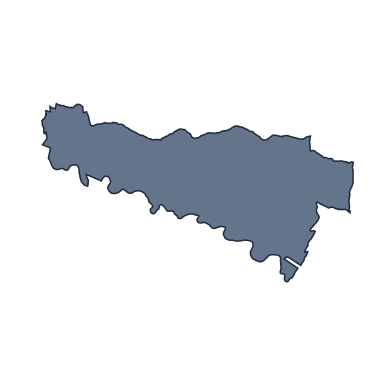 Fartatesti, Vâlcea, Romania (Equal Earth projection), rotated 99°
{"feature_id": "2599482B62213084984165", "entity_name": "Fartatesti", "entity_type": "district", "adm_level": 2, "iso_a3": "ROU", "parent_name": "Romania", "parent_adm1": "Vâlcea", "projection": "equal_earth", "projection_center": [23.968, 44.774], "detail": "fine", "context": "isolated", "style": "filled", "palette": "slate", "viewbox_px": 384, "rotation_deg": 99, "n_neighbors": 0, "source": "geoboundaries", "source_scale": "gbopen_adm2", "svg_char_len": 6023}
<svg xmlns="http://www.w3.org/2000/svg" viewBox="0 0 384 384"><g transform="rotate(99 192 192)"><path d="M145.1,351.4L150.1,349.9L151.8,348.4L155.4,347.9L157.4,347.2L157.4,346.7L156.8,346.6L157.2,346.3L157.0,345.5L156.2,345.2L162.2,343.6L168.8,347.1L170.7,338.7L181.3,339.1L183.1,337.2L187.1,335.1L189.6,333.2L190.5,331.9L191.0,329.8L191.0,328.8L190.3,326.7L189.3,325.0L189.0,323.6L190.2,320.3L190.1,318.9L189.0,317.7L186.4,316.9L184.6,315.5L183.8,313.5L183.5,310.0L184.2,308.8L185.1,308.1L187.8,306.9L190.6,306.6L192.4,305.6L195.6,304.7L199.5,302.6L202.1,299.3L202.6,296.0L200.0,295.8L199.7,296.3L198.6,296.0L196.6,296.3L193.5,298.4L191.2,299.1L195.3,283.3L191.8,282.0L190.5,280.9L189.8,279.9L189.8,278.1L190.8,276.1L193.6,274.3L194.9,274.0L196.2,274.2L198.8,275.6L201.2,275.8L203.7,274.4L205.3,272.4L205.8,271.0L205.8,269.3L205.5,267.5L204.2,264.8L202.4,263.0L200.8,262.0L200.3,261.1L200.4,259.2L202.6,255.3L203.0,254.1L202.8,252.2L202.1,250.7L200.3,248.8L199.7,247.2L199.0,244.0L199.5,241.3L201.1,238.1L202.8,237.1L203.9,235.9L204.7,234.6L208.7,232.8L210.4,230.0L211.6,228.9L213.0,228.5L215.1,230.2L216.7,230.4L218.9,229.3L219.3,228.3L219.5,226.3L218.4,225.2L215.2,223.6L214.0,222.2L211.0,222.0L210.2,221.7L209.4,220.7L209.4,219.7L210.0,218.4L210.9,217.1L214.6,213.6L214.7,212.9L213.8,208.5L214.3,207.1L216.5,205.6L217.8,203.1L219.5,202.0L220.1,201.1L220.0,199.1L219.4,198.2L216.9,195.9L214.8,192.4L214.1,190.6L213.5,187.5L214.3,184.2L213.9,182.4L214.1,181.9L215.1,181.6L217.7,182.6L219.0,182.7L220.5,181.9L221.3,180.7L221.2,178.1L220.2,175.7L220.4,173.1L221.8,169.8L224.3,166.6L224.6,164.6L224.5,164.0L223.1,161.7L221.5,158.0L221.4,154.2L221.9,153.4L223.2,153.3L226.8,154.4L229.0,154.4L231.9,152.4L233.0,150.9L233.7,148.0L233.3,144.6L233.5,139.9L232.4,135.5L231.4,133.1L231.0,129.5L231.3,126.2L231.8,124.6L233.2,123.8L236.3,123.2L241.8,124.9L244.1,124.6L245.3,124.1L247.4,122.6L248.6,121.1L249.1,119.8L250.2,115.3L250.3,113.5L249.4,111.5L248.6,110.6L244.5,107.3L242.8,106.3L242.0,105.1L241.3,102.7L240.9,98.2L241.0,97.2L241.7,95.3L243.4,94.1L245.9,93.9L253.2,92.1L256.6,92.4L258.1,92.2L258.7,91.1L258.6,89.3L258.9,87.8L260.2,87.2L262.7,87.3L264.2,86.9L265.3,86.1L265.8,84.6L265.8,83.8L265.5,83.3L262.3,81.8L261.4,80.0L258.4,78.5L255.1,77.6L250.8,75.4L243.7,90.5L242.0,89.2L241.6,87.8L241.1,87.3L247.5,73.1L244.5,72.0L242.7,70.9L238.5,70.4L237.2,69.1L232.8,68.3L233.8,71.4L229.7,70.5L226.6,69.0L225.1,69.5L224.1,69.4L221.7,68.3L219.5,66.9L214.5,64.9L211.6,64.2L211.3,64.6L211.6,65.5L211.2,66.0L212.0,69.0L210.6,69.5L201.1,63.5L197.6,62.5L196.1,62.7L195.2,63.7L194.3,64.1L193.6,65.1L189.8,66.5L187.8,65.8L183.5,67.4L182.9,67.4L182.3,66.7L182.9,64.9L183.9,63.3L183.6,62.3L184.3,61.8L184.5,59.8L185.1,59.2L185.3,57.2L185.7,56.8L186.3,54.9L186.1,53.6L185.4,52.7L185.0,50.9L185.1,50.0L185.6,48.9L185.4,48.3L186.0,47.8L185.8,46.5L186.5,44.9L185.7,43.9L186.2,43.2L186.0,41.8L185.7,41.3L185.9,40.4L185.6,40.2L185.6,39.6L185.1,38.5L185.4,37.0L187.7,32.8L187.1,33.0L186.3,32.6L185.9,33.7L185.5,33.9L181.0,34.3L176.5,35.6L168.9,35.8L168.1,36.6L166.0,36.3L161.1,34.8L159.5,34.6L158.8,34.8L158.2,34.4L157.7,34.4L144.9,36.4L143.6,37.3L142.6,37.5L141.3,37.2L137.3,37.5L137.4,39.5L139.0,41.9L138.7,42.3L138.7,43.2L138.2,43.4L137.9,44.2L138.3,45.2L138.3,46.1L137.9,46.7L138.1,47.3L138.0,49.7L138.6,52.4L139.0,53.0L138.8,54.4L139.4,56.6L138.8,57.4L137.5,58.4L137.2,59.7L137.2,60.4L137.7,61.3L137.5,63.6L137.1,65.2L137.4,67.6L136.3,68.8L136.1,69.7L134.4,72.9L134.4,73.7L133.7,74.4L133.6,75.3L132.3,76.9L132.0,79.2L132.9,81.4L130.0,82.4L129.6,82.2L123.3,83.9L118.2,83.7L119.7,87.5L121.9,89.8L122.7,92.1L122.8,95.4L122.2,98.1L122.3,99.8L121.4,106.2L121.5,107.6L122.7,111.5L123.3,111.4L122.9,118.3L123.1,120.5L123.5,121.4L126.5,124.1L128.2,126.0L129.2,127.6L129.4,128.5L129.2,128.9L129.4,129.7L129.3,130.4L128.3,132.2L127.1,133.5L125.9,136.1L125.2,138.3L124.4,139.3L124.2,140.0L123.0,141.1L122.8,143.0L123.0,144.0L122.6,145.4L121.6,146.8L121.8,147.5L121.4,147.9L121.6,148.6L120.7,150.0L120.8,150.9L120.2,152.1L120.0,153.6L120.3,155.1L119.8,156.0L119.7,157.8L120.2,159.9L122.6,163.0L123.5,163.6L124.3,165.0L124.8,165.5L126.2,168.2L126.9,171.1L127.3,171.4L127.7,172.7L128.9,173.8L130.7,180.0L130.5,181.8L131.2,184.5L131.0,185.1L131.4,185.5L131.4,186.1L133.0,187.9L133.4,188.7L133.5,189.3L135.0,191.6L135.2,192.3L135.8,192.5L137.1,193.8L137.9,195.4L137.8,196.2L138.2,196.6L138.6,197.6L138.6,198.4L138.0,200.5L134.8,202.9L133.8,205.8L131.5,208.9L131.4,209.6L131.8,210.4L131.5,211.1L131.7,211.5L131.6,213.4L132.4,215.2L133.2,215.4L133.5,216.4L133.8,216.6L133.8,217.1L134.8,218.0L135.5,219.2L136.6,219.6L137.3,220.2L138.1,222.6L139.3,223.7L139.5,224.3L139.9,224.3L141.0,225.6L141.2,225.9L141.0,226.6L142.5,227.8L142.5,228.3L143.2,229.0L143.5,230.0L145.9,231.3L145.3,232.1L145.6,233.4L145.6,235.4L146.3,237.0L146.3,237.9L146.7,239.7L145.9,241.3L146.3,241.9L145.9,243.8L144.7,246.5L144.8,247.6L144.3,248.0L143.7,249.5L144.0,250.0L143.7,250.5L144.1,251.0L143.8,251.7L143.9,252.6L143.0,254.3L142.9,255.4L142.3,256.0L142.4,256.8L141.7,257.9L141.2,260.1L140.2,262.7L140.4,263.1L139.6,263.8L139.6,264.2L139.1,264.8L138.3,267.8L137.7,268.5L137.4,269.3L136.6,270.0L136.1,272.4L136.6,274.3L136.4,275.7L135.6,276.9L135.4,277.7L135.7,278.9L136.0,279.2L135.4,280.4L136.4,281.7L136.7,283.4L137.2,284.1L137.2,286.3L137.5,287.8L137.1,289.2L137.7,289.6L138.0,290.8L138.8,291.6L138.9,292.6L139.4,293.6L139.5,295.4L141.0,298.3L141.8,299.0L142.4,301.9L141.0,302.8L141.1,303.1L133.7,306.1L132.0,307.0L131.1,307.9L129.3,308.7L130.6,311.5L127.1,312.8L124.9,313.2L123.4,315.9L123.1,317.2L123.5,319.5L125.1,320.9L125.6,321.6L127.5,322.9L127.9,323.5L127.2,324.9L127.8,326.0L127.8,327.2L127.4,328.7L127.6,329.2L127.6,330.5L126.7,332.2L127.2,333.6L126.9,334.6L127.2,335.2L126.8,335.6L127.0,336.1L126.0,339.8L131.1,340.1L130.8,342.0L130.8,343.4L129.7,345.7L134.9,344.4L135.1,345.1L134.4,348.7L134.6,349.2L137.8,348.4L137.9,348.7L138.2,348.7L138.1,348.0L138.4,347.9L140.6,348.9L142.5,349.0L142.9,350.0L145.1,351.4Z" fill="#64748b" stroke="#1e293b" stroke-width="1.5"/></g></svg>